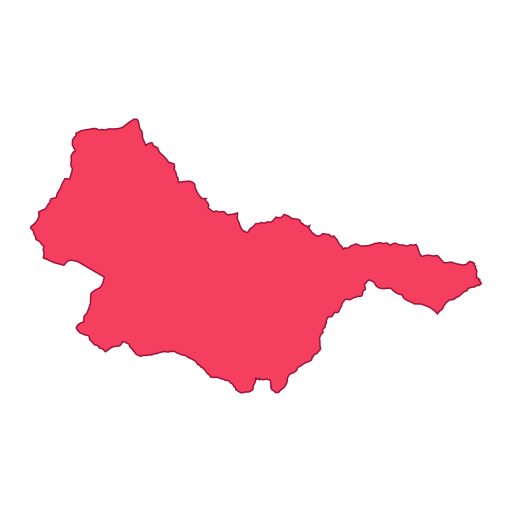 outline of Quijos, Napo, Ecuador
{"feature_id": "8360857B2766573114879", "entity_name": "Quijos", "entity_type": "district", "adm_level": 2, "iso_a3": "ECU", "parent_name": "Ecuador", "parent_adm1": "Napo", "projection": "mercator", "projection_center": [-77.926, -0.452], "detail": "fine", "context": "isolated", "style": "filled", "palette": "rose", "viewbox_px": 512, "rotation_deg": 0, "n_neighbors": 0, "source": "geoboundaries", "source_scale": "gbopen_adm2", "svg_char_len": 6045}
<svg xmlns="http://www.w3.org/2000/svg" viewBox="0 0 512 512"><path d="M437.3,313.9L439.6,311.2L442.5,308.8L443.4,306.6L445.7,303.1L449.2,300.1L453.7,299.4L456.0,297.7L456.2,297.2L457.1,297.2L458.8,296.4L463.8,291.9L467.2,290.5L467.6,289.1L468.9,288.1L472.5,287.0L474.0,287.2L475.3,286.1L476.8,285.8L477.9,284.8L479.0,285.5L480.2,284.6L480.4,283.7L481.3,283.5L480.4,281.9L479.7,281.4L479.8,279.8L478.6,279.8L478.7,278.5L476.4,277.6L476.8,275.8L476.3,274.7L476.9,271.3L476.3,270.5L476.4,269.6L475.4,268.1L475.6,266.4L474.0,264.9L474.4,263.7L474.1,263.0L472.6,262.9L472.5,262.1L469.7,261.4L469.0,262.6L468.1,262.4L466.9,264.1L463.6,265.1L456.8,263.9L451.1,262.1L445.7,262.8L443.5,262.5L438.9,257.0L437.9,256.0L436.3,255.4L433.7,256.1L429.6,255.3L426.4,255.3L421.8,256.4L419.5,253.3L418.1,248.8L416.8,245.7L416.0,244.6L413.0,245.2L410.3,244.7L407.3,246.3L402.7,244.9L399.8,245.1L395.2,243.2L394.3,243.2L390.1,245.2L387.2,243.1L382.3,243.5L380.5,242.7L374.4,243.5L372.7,244.4L368.1,245.7L361.3,246.1L360.6,246.0L357.6,244.4L355.5,244.0L353.1,245.2L350.9,245.7L349.5,247.1L347.9,248.0L346.6,248.3L345.3,247.8L343.0,249.0L341.9,246.5L340.6,245.7L339.3,244.2L336.6,239.1L335.5,238.2L334.1,236.1L333.6,236.0L331.6,236.7L329.2,234.6L322.7,233.7L321.9,234.1L321.3,235.2L319.1,235.9L317.6,236.2L317.1,235.7L315.6,235.6L314.9,234.5L313.2,233.9L313.1,233.2L312.1,233.1L311.3,231.3L309.2,229.0L309.2,228.2L308.6,227.6L309.6,225.7L307.2,226.7L305.9,225.7L303.7,224.9L302.7,223.8L301.6,223.6L299.7,220.0L297.0,219.1L292.8,218.7L290.3,217.5L289.2,216.4L284.4,214.5L283.4,214.9L282.8,216.2L281.6,217.3L279.1,217.7L275.9,217.2L274.0,219.6L270.9,222.2L269.8,222.3L268.1,221.8L264.1,223.2L261.6,222.5L259.3,223.4L255.7,223.7L253.5,226.4L250.3,228.5L248.0,232.1L247.5,232.4L246.2,232.2L242.3,230.1L240.3,226.6L238.7,221.9L237.3,218.9L237.5,213.0L234.0,214.0L228.1,214.8L227.0,214.7L224.8,212.1L222.8,211.5L220.4,212.0L218.7,211.8L216.6,211.0L215.6,211.1L214.1,211.9L212.3,211.2L208.4,208.1L208.2,207.4L208.8,205.3L207.9,203.2L205.6,200.6L205.4,199.4L206.1,198.6L202.1,198.5L201.1,197.8L198.1,194.0L195.1,187.7L194.7,184.3L193.5,182.8L190.2,181.3L188.5,181.1L178.8,182.2L178.0,181.1L178.1,178.2L176.8,176.6L175.6,171.7L174.0,169.3L174.6,166.9L174.2,164.2L173.3,163.6L169.8,162.5L168.7,162.5L166.9,159.7L163.1,155.6L159.4,152.3L157.5,147.7L154.5,146.4L153.0,145.3L152.5,143.3L151.8,142.8L150.6,142.8L149.3,143.3L147.4,144.2L145.8,145.4L142.6,137.9L142.0,131.9L141.6,130.8L140.2,129.4L139.3,126.4L138.4,121.6L137.6,120.0L136.2,119.1L133.8,119.3L128.5,122.7L123.0,127.1L120.8,128.0L118.3,128.6L113.9,129.0L108.8,128.9L104.6,130.1L101.8,129.4L100.2,130.0L99.0,130.0L96.1,128.6L93.7,128.5L81.1,130.7L75.9,133.4L76.1,134.7L75.9,135.8L73.9,137.7L73.0,139.2L72.4,141.3L72.4,145.1L75.4,150.8L74.9,151.7L73.4,151.9L71.5,155.1L71.1,156.4L71.3,160.3L70.9,164.8L71.2,166.4L72.2,168.2L72.3,170.0L69.6,179.3L65.1,178.5L62.4,183.2L60.4,188.4L57.3,193.3L56.6,195.9L56.7,197.2L55.8,197.7L51.0,198.8L50.3,200.0L50.0,202.1L48.4,204.0L45.5,208.8L39.1,211.6L38.7,212.2L39.0,216.2L37.7,219.6L35.2,223.1L31.1,226.5L30.7,227.4L31.0,228.6L33.2,230.7L34.0,233.9L35.3,236.2L36.0,239.5L39.2,241.2L40.3,242.2L41.8,244.6L43.7,246.1L43.7,247.9L43.1,249.7L43.9,252.1L44.0,254.4L43.3,258.0L46.7,259.2L53.7,262.5L63.7,265.2L64.4,264.8L67.0,261.5L68.7,260.7L71.2,260.2L77.6,261.5L104.3,277.1L103.4,281.1L101.7,285.6L99.5,287.9L94.5,290.5L92.2,292.1L91.1,293.4L90.7,295.2L90.4,304.1L89.8,305.0L88.8,308.6L86.9,313.2L84.1,316.2L83.7,321.7L80.1,323.3L77.7,325.0L76.2,327.8L77.8,330.6L79.8,332.6L84.6,334.8L87.8,335.4L89.0,336.1L89.7,339.6L94.4,344.6L95.1,345.0L97.6,345.3L99.7,348.3L102.0,348.6L103.1,349.4L105.5,351.8L111.5,347.4L114.5,346.5L119.5,345.9L121.5,343.9L122.2,342.8L122.4,341.7L125.1,342.0L126.2,342.9L128.9,344.0L129.8,346.5L135.0,352.6L135.3,353.5L137.1,354.8L140.6,356.3L142.8,355.4L143.5,355.6L145.9,355.1L146.6,355.6L149.1,354.7L150.1,355.1L151.4,354.6L151.9,354.9L153.8,353.9L155.6,353.8L156.1,353.4L156.8,353.6L157.0,353.2L157.5,353.4L159.6,352.4L162.4,352.0L163.2,351.5L163.9,351.7L164.6,351.4L166.4,351.9L168.5,352.0L169.6,351.5L171.1,351.6L171.7,351.3L172.2,351.5L172.9,351.1L173.8,351.5L174.6,351.4L177.3,353.2L178.4,353.2L181.1,354.6L185.6,355.6L187.2,356.5L187.6,357.2L188.5,357.2L189.1,358.0L191.8,359.0L194.9,360.8L195.9,361.6L196.3,362.5L197.2,363.0L197.6,364.5L198.8,364.4L200.9,367.0L202.6,367.7L203.5,368.8L205.1,370.0L206.8,372.9L209.7,375.4L210.4,376.8L211.0,377.1L211.9,377.4L217.8,377.3L221.2,378.9L223.4,379.1L225.3,380.3L228.3,380.6L230.0,381.9L230.3,382.8L231.8,383.5L233.1,384.7L233.5,385.9L235.6,388.1L235.8,389.7L236.4,389.8L238.2,391.3L241.3,392.9L244.6,392.4L246.0,391.8L247.9,392.1L250.4,391.3L252.3,390.1L253.1,388.8L252.9,387.8L253.6,385.3L255.5,381.3L255.4,378.6L255.9,378.0L256.5,378.1L256.8,379.2L258.1,378.8L259.0,379.5L259.0,378.6L259.3,378.4L260.2,379.2L263.2,379.7L266.2,379.2L269.8,379.9L270.4,380.9L270.9,384.6L270.7,385.9L271.1,386.4L270.8,386.9L271.4,387.5L271.1,388.4L271.9,389.7L274.5,391.4L275.6,392.7L278.7,392.3L280.9,389.8L284.0,387.6L286.4,383.9L287.5,380.0L287.4,378.0L289.3,374.7L291.4,373.3L293.5,372.8L295.0,371.7L296.8,370.1L297.6,367.7L298.1,367.2L301.5,365.5L302.9,364.2L304.8,363.1L309.5,361.2L311.4,360.0L312.2,357.7L313.6,355.9L314.1,354.6L314.9,354.0L316.4,353.9L320.6,349.1L319.9,345.2L319.9,341.4L319.5,338.2L320.5,335.2L323.1,332.3L322.5,330.5L322.7,329.6L325.0,327.1L325.4,324.6L326.3,322.9L326.4,320.1L327.7,317.7L328.5,316.8L329.8,316.9L332.0,316.5L333.8,313.4L334.8,312.4L335.8,312.2L336.7,312.7L338.1,312.2L339.4,310.5L339.7,309.1L341.8,305.4L341.8,303.8L345.0,299.5L346.4,299.3L350.0,299.7L352.2,298.4L358.0,296.3L359.2,296.5L361.5,296.0L362.4,294.5L362.9,291.2L365.3,289.4L365.2,287.6L364.4,284.1L366.0,283.1L366.9,281.6L369.2,279.8L373.7,281.9L376.4,286.2L379.1,287.9L382.7,288.7L389.8,288.1L390.9,288.3L393.6,291.0L396.8,293.2L399.3,294.3L401.9,294.8L403.6,297.9L406.2,300.0L412.2,302.6L414.3,303.9L421.0,304.0L427.7,306.4L430.6,307.9L434.8,310.9L437.3,313.9Z" fill="#f43f5e" stroke="#9f1239" stroke-width="1.5"/></svg>